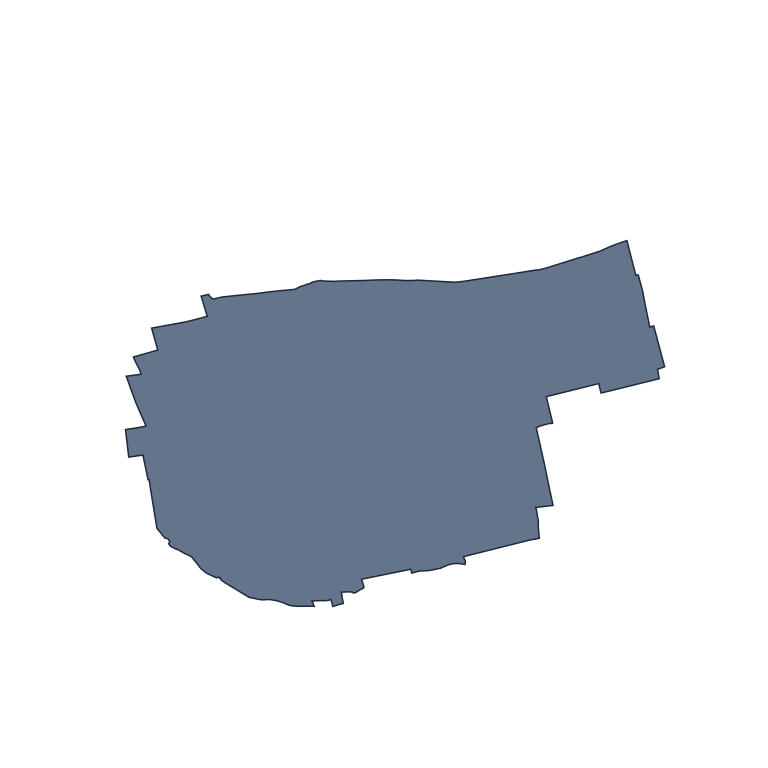 the district of Viisoara, Botosani, Romania, rotated 125°
{"feature_id": "2599482B94706495539971", "entity_name": "Viisoara", "entity_type": "district", "adm_level": 2, "iso_a3": "ROU", "parent_name": "Romania", "parent_adm1": "Botosani", "projection": "orthographic", "projection_center": [26.762, 48.16], "detail": "fine", "context": "isolated", "style": "filled", "palette": "slate", "viewbox_px": 768, "rotation_deg": 125, "n_neighbors": 0, "source": "geoboundaries", "source_scale": "gbopen_adm2", "svg_char_len": 3459}
<svg xmlns="http://www.w3.org/2000/svg" viewBox="0 0 768 768"><g transform="rotate(125 384 384)"><path d="M525.5,599.6L541.5,576.8L554.9,554.9L556.7,556.4L560.1,559.8L561.9,561.5L564.0,563.8L564.8,564.7L565.8,565.6L567.1,567.1L568.2,568.3L568.8,568.8L569.6,569.6L590.3,551.2L580.5,540.7L597.7,522.4L597.1,521.6L632.4,487.3L635.9,475.0L635.4,474.1L634.9,473.1L634.9,471.8L635.3,470.9L635.7,469.5L635.9,469.1L636.6,469.1L637.6,468.7L638.3,468.8L638.8,467.8L639.2,466.5L639.3,464.9L639.2,464.2L638.9,462.0L638.5,459.5L637.7,457.0L637.7,456.6L637.7,456.2L637.6,455.2L637.6,454.1L637.0,449.2L636.4,446.6L636.2,444.3L635.9,443.0L636.4,440.9L637.7,436.6L638.8,432.6L639.4,430.8L639.8,429.7L640.2,428.2L640.3,427.1L640.8,421.3L640.4,418.4L640.1,417.0L639.8,415.2L639.4,412.9L639.3,412.0L639.2,411.5L638.9,410.8L638.8,410.4L638.7,409.9L638.3,409.4L637.6,408.9L637.3,408.8L636.8,408.4L636.7,408.1L636.7,407.7L637.1,407.3L637.4,407.0L637.5,406.7L637.4,406.4L637.2,405.9L637.2,405.7L637.5,405.5L637.8,405.3L638.0,404.9L637.9,404.7L637.9,404.1L638.0,403.6L638.0,401.7L638.0,400.4L637.9,398.9L637.3,389.9L636.9,383.9L636.5,377.2L636.1,372.0L635.3,370.1L634.2,367.7L632.9,364.5L631.3,361.0L630.2,359.3L627.9,356.4L626.1,354.1L624.9,351.5L622.7,346.7L621.1,341.6L619.7,335.0L618.8,332.7L615.7,327.3L607.0,315.1L606.2,313.6L605.8,314.3L605.1,315.3L604.3,316.4L603.6,317.1L603.3,317.8L603.2,318.5L603.2,319.5L602.9,318.5L601.6,316.6L599.8,314.4L594.6,307.1L592.5,304.9L592.1,304.9L591.3,304.4L591.2,304.0L591.8,302.8L592.2,302.2L594.2,300.0L595.6,298.3L591.4,295.1L587.2,291.5L586.2,292.3L583.3,295.4L578.9,299.4L576.5,296.3L573.5,292.3L573.0,290.8L572.6,289.1L572.0,288.2L570.9,287.5L568.8,286.6L566.1,285.5L564.1,284.3L562.5,283.7L561.8,283.9L558.9,287.6L556.8,290.4L520.4,255.8L523.0,252.8L517.2,248.0L514.0,243.9L511.2,240.3L507.3,236.5L502.4,232.0L497.7,229.1L494.2,226.8L491.0,223.7L489.0,220.9L487.2,218.1L485.5,214.1L484.7,214.3L484.0,214.7L483.0,215.2L482.3,216.1L481.3,217.6L479.9,219.9L429.5,176.2L427.1,174.0L425.0,171.8L421.2,168.3L415.8,173.1L413.6,174.7L411.2,176.7L408.1,178.7L406.1,180.5L405.3,181.5L403.7,183.0L401.6,185.1L400.0,186.7L399.2,187.5L398.7,188.1L398.3,188.6L398.2,189.0L386.5,175.9L377.0,186.1L354.8,209.7L332.4,234.3L328.2,231.5L321.5,225.9L319.8,223.6L319.3,223.4L301.3,243.8L260.5,208.4L266.9,201.0L221.8,161.6L215.1,168.3L208.9,164.0L181.7,196.4L184.9,199.0L170.5,214.2L159.3,225.7L148.8,238.3L150.5,240.1L127.2,267.3L135.4,273.3L137.8,274.9L141.1,277.2L144.1,279.0L146.3,280.3L149.0,281.9L150.9,283.0L152.9,284.5L156.7,287.4L159.6,289.6L163.0,292.2L165.2,293.8L167.2,295.3L169.1,297.2L169.7,297.6L169.9,297.7L170.0,297.7L188.2,311.7L196.4,318.0L201.5,322.4L203.4,324.8L222.3,344.4L254.0,377.4L259.6,383.8L280.2,416.9L281.5,418.2L287.0,425.8L289.5,430.0L293.4,436.2L300.9,446.9L305.9,453.6L308.9,457.4L325.4,479.8L328.0,483.0L334.2,492.3L335.3,495.0L335.5,495.2L336.1,495.9L337.7,497.4L338.5,498.2L339.4,499.2L340.6,500.2L342.4,501.6L344.3,502.4L345.3,503.0L346.5,504.5L347.9,505.2L349.8,506.6L352.3,508.5L353.3,509.1L354.8,509.8L356.4,510.7L357.9,511.7L361.6,516.0L362.9,517.4L364.8,519.9L368.2,523.8L372.7,529.0L376.5,533.2L384.0,541.4L390.0,548.6L395.5,554.9L396.0,555.5L405.5,566.4L412.2,572.5L412.5,574.1L412.2,576.8L411.2,579.1L416.9,584.2L429.9,567.7L437.5,573.9L446.9,582.1L471.5,606.4L486.0,588.8L505.6,604.8L509.0,599.2L511.8,593.7L513.9,590.4L515.2,588.5L525.5,599.6Z" fill="#64748b" stroke="#1e293b" stroke-width="1.5"/></g></svg>